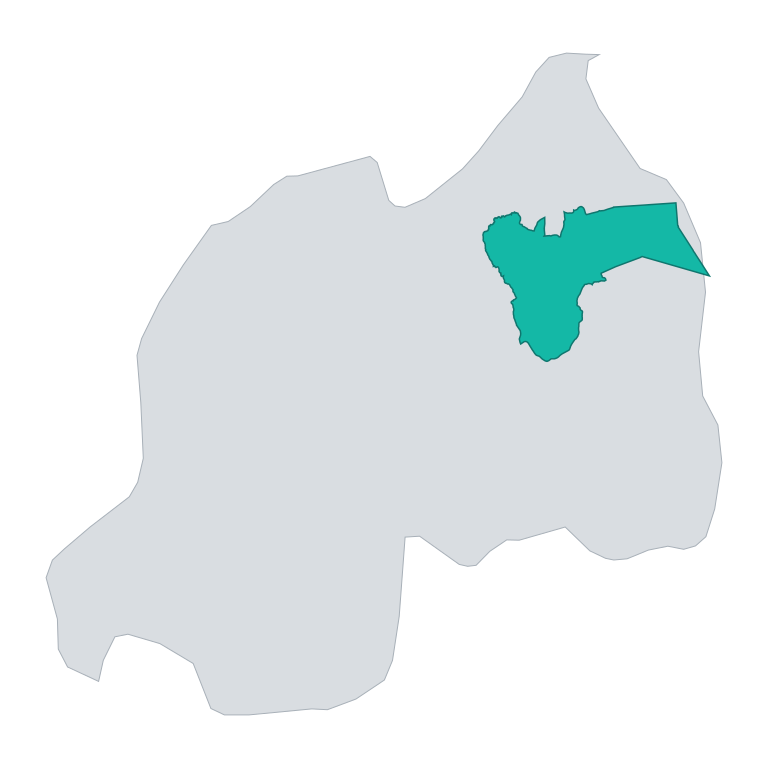 Gatsibo, Eastern, Rwanda (highlighted)
{"feature_id": "39286606B53863210323147", "entity_name": "Gatsibo", "entity_type": "district", "adm_level": 2, "iso_a3": "RWA", "parent_name": "Rwanda", "parent_adm1": "Eastern", "projection": "robinson", "projection_center": [30.287, -1.667], "detail": "fine", "context": "in_parent", "style": "filled", "palette": "teal", "viewbox_px": 768, "rotation_deg": 0, "n_neighbors": 0, "source": "geoboundaries", "source_scale": "gbopen_adm2", "svg_char_len": 6970}
<svg xmlns="http://www.w3.org/2000/svg" viewBox="0 0 768 768"><path d="M286.8,176.2L297.8,175.9L370.0,156.4L377.2,162.5L388.8,200.4L395.0,206.0L405.0,207.3L425.3,198.6L462.5,168.9L478.7,150.9L497.8,125.5L522.2,96.9L535.8,72.0L549.1,57.4L566.5,53.1L585.8,54.2L599.2,54.6L588.2,60.6L585.9,78.9L598.6,108.1L640.1,168.5L666.4,179.6L683.7,203.1L700.5,242.7L705.5,292.2L698.6,351.7L702.7,396.0L717.9,425.0L721.9,462.7L714.7,509.0L705.9,536.7L695.5,545.9L683.7,549.3L667.8,546.2L648.3,550.1L627.1,558.8L613.8,560.0L605.5,558.3L589.9,550.9L565.2,527.0L519.2,540.2L506.7,539.9L489.8,551.3L476.1,565.3L467.7,566.3L459.2,564.4L419.6,536.2L405.1,537.1L399.2,616.4L392.5,660.4L384.4,680.0L356.0,699.0L327.4,709.7L311.8,708.9L249.0,714.9L224.4,714.9L210.9,708.5L193.2,663.5L159.9,643.6L127.9,634.2L114.9,636.8L103.3,660.3L98.6,681.4L67.6,667.0L58.3,649.1L57.4,619.0L46.1,577.7L52.4,560.1L64.5,548.8L90.2,526.9L129.3,496.8L137.7,482.3L143.3,458.3L140.8,402.5L137.0,355.3L141.6,338.6L159.5,302.1L183.4,264.8L211.4,225.4L228.2,221.5L250.3,206.6L273.7,184.5L286.8,176.2Z" fill="#d9dde1" stroke="#a8b0b8" stroke-width="1"/><path d="M520.7,344.0L523.4,342.2L524.3,341.6L525.3,341.5L525.9,341.5L527.0,341.9L528.0,342.8L528.6,343.6L529.9,345.9L532.8,350.6L533.0,350.7L534.6,353.3L535.7,354.6L536.3,355.2L537.3,355.6L539.4,356.3L542.2,359.0L545.2,360.9L546.7,361.3L547.1,361.3L548.7,360.7L551.2,358.8L554.3,358.8L555.5,358.5L557.2,357.8L558.5,356.9L560.1,355.3L562.2,353.8L568.9,350.2L569.6,349.2L570.7,346.0L572.0,343.6L574.7,339.7L575.1,339.3L576.0,338.8L577.8,336.2L578.0,335.3L578.5,334.4L578.9,332.6L578.9,331.9L578.6,330.3L578.6,328.4L578.5,328.1L578.8,326.5L578.9,323.2L579.2,322.6L580.2,321.6L580.8,321.1L581.3,320.9L582.2,319.9L582.3,317.8L582.1,316.7L582.2,315.0L582.1,314.0L582.4,313.0L582.5,311.7L582.2,311.0L580.5,309.8L580.2,309.2L580.1,307.9L579.1,306.9L578.8,306.4L577.3,305.7L576.9,304.9L577.1,304.6L577.2,303.8L577.2,302.9L576.9,300.7L577.2,299.6L577.3,298.5L577.4,298.3L578.5,295.9L579.8,294.2L582.3,288.0L583.6,286.1L584.0,285.8L584.2,285.4L584.4,284.7L585.1,284.4L586.3,284.3L588.7,283.5L591.2,283.9L591.7,284.2L592.1,284.6L592.2,284.2L592.4,284.2L592.7,283.6L593.5,282.8L593.6,282.3L594.3,282.2L594.7,281.9L596.5,281.9L598.1,281.7L598.6,281.9L599.2,281.5L600.2,281.2L600.8,280.8L604.6,281.0L604.9,280.7L605.4,280.5L605.9,280.2L605.6,279.0L605.2,278.3L604.2,277.7L602.9,277.6L602.3,277.2L601.9,275.7L601.4,274.9L601.1,273.5L601.2,273.2L615.6,266.7L640.2,257.5L642.1,256.5L709.4,275.9L700.0,261.2L696.1,255.2L694.3,252.3L693.5,251.4L693.3,250.8L692.9,250.0L678.2,227.1L678.4,226.7L678.3,226.2L678.0,225.6L677.7,225.5L675.9,202.9L613.6,207.1L613.6,207.4L607.3,209.3L604.0,210.5L600.2,210.9L599.4,210.7L597.9,211.7L591.7,213.2L589.8,213.8L586.5,214.6L585.6,213.7L585.4,213.2L584.3,209.5L583.5,208.0L581.8,206.7L581.2,206.6L580.2,206.7L578.4,207.7L577.6,209.0L577.0,209.5L575.7,210.1L574.9,210.3L574.3,210.4L573.7,210.1L573.7,211.3L573.6,211.8L573.3,212.3L572.7,212.8L571.4,213.1L569.7,213.0L567.7,213.2L565.2,212.5L564.1,211.9L564.5,214.3L564.6,216.9L565.0,219.2L564.8,220.0L564.2,220.9L563.8,221.7L563.8,222.6L564.0,224.1L563.5,227.4L562.9,228.9L561.4,232.2L560.6,235.6L560.5,236.7L559.9,236.9L559.0,236.8L558.6,236.3L557.5,235.4L556.6,235.1L556.0,235.0L554.4,235.0L552.2,235.4L551.2,235.9L550.5,235.9L549.6,235.6L544.1,236.1L544.7,235.1L544.8,234.8L544.3,229.8L544.4,228.9L544.2,228.7L544.8,223.7L544.7,217.4L540.4,219.7L537.9,221.9L537.3,222.9L536.8,224.9L535.0,228.0L534.3,230.2L534.3,230.8L533.2,230.9L532.6,230.8L531.5,230.3L530.8,230.3L529.4,229.9L528.6,229.7L528.0,229.5L527.4,228.8L527.3,228.7L527.2,228.9L525.8,227.7L524.6,227.1L524.1,226.7L523.5,226.6L522.4,226.0L522.0,224.5L521.8,224.4L520.6,224.5L519.8,223.8L519.5,223.3L519.5,222.8L519.6,222.2L520.0,220.9L520.4,220.4L520.5,218.4L520.4,217.3L519.4,215.7L518.7,215.0L517.9,213.3L517.4,213.3L517.1,213.0L516.1,212.7L515.8,213.1L515.4,213.0L514.9,212.5L514.7,212.1L514.4,212.0L514.1,212.5L514.0,212.9L513.3,212.9L513.1,213.0L512.7,213.0L512.3,212.8L511.9,213.2L511.6,213.3L511.5,213.2L511.2,213.6L511.4,213.9L511.5,214.6L511.4,214.8L510.6,214.2L510.1,214.3L509.7,214.6L508.3,215.1L507.1,215.2L506.7,215.6L506.4,215.5L505.8,215.7L505.1,216.6L504.5,216.9L504.3,216.9L504.1,216.7L503.7,215.9L503.2,216.1L502.9,216.0L502.7,216.1L502.4,216.2L502.1,216.2L502.2,216.4L502.0,216.6L501.8,216.6L501.9,216.8L501.6,216.8L501.3,217.4L501.0,217.7L500.7,217.7L500.7,217.9L500.2,217.8L500.0,217.4L499.8,217.4L499.2,216.8L498.9,216.9L498.7,216.8L498.4,217.2L497.6,217.3L497.3,218.0L497.0,218.3L496.9,218.2L496.8,218.3L496.5,218.2L496.6,217.9L496.2,217.9L495.9,218.1L495.9,217.9L495.7,217.9L495.2,217.9L495.1,218.2L495.2,218.3L494.5,218.7L494.4,218.5L494.0,218.9L493.8,220.0L494.4,220.9L494.3,221.2L494.6,221.4L494.6,221.8L494.2,222.4L493.9,222.8L493.7,222.8L493.5,223.1L493.5,223.6L493.0,223.9L492.8,224.3L492.6,224.3L492.4,224.5L492.3,224.4L491.7,224.7L491.3,224.8L490.6,224.6L490.5,224.8L490.4,224.8L490.1,225.5L490.0,225.3L489.5,225.9L489.3,225.8L489.0,225.9L488.8,226.2L488.6,227.1L488.8,227.9L488.7,228.1L488.8,228.5L488.7,229.2L488.4,229.2L488.2,229.6L488.1,230.5L487.5,230.8L487.1,230.9L486.6,231.4L486.2,231.3L485.7,231.4L485.2,231.5L484.9,231.8L484.4,231.7L483.8,232.6L483.4,232.9L483.3,233.9L483.2,234.0L483.1,234.5L482.9,235.0L483.2,236.0L483.3,239.2L483.1,240.0L483.3,240.4L483.4,241.0L484.6,242.5L484.7,243.2L485.1,243.9L485.3,245.0L485.2,245.8L485.4,246.5L485.3,248.2L485.4,248.9L485.8,249.4L485.6,250.0L485.6,250.6L486.2,251.6L486.5,251.8L486.8,252.8L487.5,253.4L487.6,254.6L488.9,256.5L489.0,257.4L489.7,258.9L490.0,259.4L490.6,260.0L491.1,260.9L491.4,261.0L491.9,261.6L492.1,263.0L492.7,263.9L492.8,264.4L493.1,264.7L493.4,265.3L493.4,266.3L494.2,265.8L494.5,265.8L494.8,266.7L494.9,266.8L495.5,266.9L495.9,267.5L496.4,267.4L497.4,266.8L498.2,267.1L498.8,268.2L499.0,269.0L499.1,269.7L499.2,270.2L499.0,270.9L499.0,271.2L499.3,271.7L499.4,272.1L499.8,272.6L500.3,272.8L500.6,273.5L500.8,273.4L500.8,273.5L500.9,274.1L500.8,274.4L500.9,274.7L501.2,275.0L501.2,275.3L501.0,275.7L502.1,276.5L502.8,276.3L503.5,275.9L503.3,277.2L503.5,278.4L504.5,280.1L504.4,281.1L504.6,282.2L505.0,282.8L505.3,282.9L505.6,283.2L506.3,283.2L507.5,284.0L508.4,283.9L509.6,284.7L510.8,287.1L511.5,287.6L512.5,289.1L513.0,289.6L512.9,290.2L513.0,291.6L513.4,292.2L514.4,293.3L514.6,294.3L515.5,296.1L515.5,296.4L515.9,296.8L516.3,297.5L516.5,297.8L516.3,298.1L514.9,299.4L513.7,299.8L513.3,300.5L513.2,300.3L511.4,301.6L511.2,302.1L511.2,302.9L511.6,303.3L511.9,303.8L512.5,304.1L512.9,305.1L513.0,306.0L513.2,306.5L513.1,306.9L513.3,307.3L513.2,307.4L513.8,308.9L513.8,309.8L513.6,311.1L513.3,311.7L513.4,313.2L513.4,314.0L513.5,314.9L513.5,314.7L513.9,316.2L513.8,316.9L514.2,318.5L515.0,320.0L515.0,320.6L515.3,321.1L515.4,321.7L515.9,322.6L516.0,323.3L516.3,323.8L516.5,324.4L516.4,324.9L516.7,325.4L520.3,330.7L520.7,333.4L520.6,335.1L519.3,339.0L520.1,342.6L520.7,344.0Z" fill="#14b8a6" stroke="#0f766e" stroke-width="1.5"/></svg>